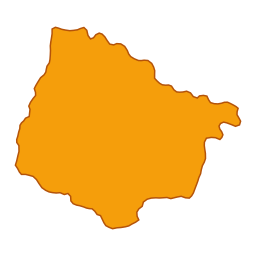 outline of Belo Oriente, Minas Gerais, Brazil
{"feature_id": "56859067B81668974812121", "entity_name": "Belo Oriente", "entity_type": "district", "adm_level": 2, "iso_a3": "BRA", "parent_name": "Brazil", "parent_adm1": "Minas Gerais", "projection": "mercator", "projection_center": [-42.44, -19.258], "detail": "fine", "context": "isolated", "style": "filled", "palette": "amber", "viewbox_px": 256, "rotation_deg": 0, "n_neighbors": 0, "source": "geoboundaries", "source_scale": "gbopen_adm2", "svg_char_len": 2305}
<svg xmlns="http://www.w3.org/2000/svg" viewBox="0 0 256 256"><path d="M190.5,92.9L186.6,91.2L182.9,92.0L179.5,92.2L176.6,91.9L173.9,89.8L171.5,86.1L168.6,85.0L165.6,85.2L162.3,84.8L159.6,83.3L157.1,81.0L154.6,78.3L154.6,74.4L154.7,70.6L153.6,67.0L151.7,63.4L147.9,60.5L144.1,60.2L141.2,60.6L138.4,60.5L134.3,58.8L130.7,56.6L128.7,54.0L127.3,50.5L124.7,46.4L120.8,43.9L116.7,43.6L113.7,44.9L109.7,44.1L107.1,40.5L104.8,36.8L102.1,34.1L99.2,33.1L95.9,34.7L93.5,37.8L90.5,38.9L88.0,35.5L86.8,30.3L83.9,27.5L80.5,28.5L77.5,29.8L73.4,30.4L69.8,30.7L65.6,30.1L61.7,29.3L58.4,28.1L55.4,27.3L52.1,29.0L52.1,33.8L51.5,37.8L50.8,41.9L50.3,45.8L50.5,50.6L50.3,55.2L50.0,59.4L49.3,62.9L47.0,66.2L46.3,69.2L45.8,72.1L44.1,74.8L40.6,77.7L37.9,82.0L35.9,85.4L34.3,88.6L35.5,92.3L35.6,95.5L33.1,98.5L30.5,102.3L28.8,106.1L30.0,109.4L29.6,112.8L29.2,116.5L25.5,118.2L23.7,120.9L21.5,122.9L20.0,125.3L19.8,128.6L18.7,132.1L17.8,136.2L16.7,139.6L16.8,142.5L18.9,145.6L19.0,151.4L17.8,156.1L16.7,161.0L15.4,165.2L17.5,168.3L19.4,172.0L21.4,174.4L25.6,174.4L29.2,175.3L33.1,176.4L36.5,179.6L38.9,183.4L41.9,187.7L45.6,190.3L49.0,191.9L52.4,192.6L56.2,193.0L60.1,192.7L64.3,194.5L67.9,193.5L70.6,196.3L70.9,200.9L73.2,203.7L76.6,205.1L79.7,205.7L83.6,206.9L86.4,208.0L89.2,208.6L92.1,208.8L94.8,211.2L97.1,214.5L100.5,215.6L102.3,219.3L103.9,222.7L105.8,225.6L109.0,227.3L112.6,228.7L116.9,227.8L120.9,227.5L125.3,226.8L128.8,225.9L131.8,224.1L135.6,222.2L138.8,219.9L137.1,216.3L136.8,212.2L138.8,208.9L142.2,206.3L143.4,202.0L147.2,199.2L151.2,198.1L155.9,197.8L159.4,198.0L162.6,197.8L167.0,197.5L170.8,198.6L176.8,197.1L181.2,196.3L185.5,197.8L189.3,198.1L191.6,195.9L193.4,192.9L195.1,188.3L196.6,184.4L197.9,180.8L198.8,177.7L200.6,173.7L201.3,169.7L202.4,165.7L204.3,162.1L205.5,158.5L205.4,153.4L204.7,148.8L204.3,145.6L204.4,142.2L206.4,138.2L211.3,137.4L215.5,137.7L219.9,139.5L221.8,137.5L222.9,134.8L221.7,131.8L219.8,129.1L219.0,126.1L220.5,123.5L223.6,122.1L226.9,122.9L231.7,124.7L235.5,126.3L239.5,124.9L240.6,121.2L238.8,117.8L237.0,114.7L237.1,111.7L238.1,108.3L235.9,106.5L233.3,105.0L230.4,103.5L227.5,102.2L224.3,102.3L221.7,103.2L217.9,103.9L214.2,103.7L210.5,102.6L208.7,100.0L206.9,96.1L203.4,95.4L199.5,95.9L197.3,98.0L193.3,96.6L190.5,92.9Z" fill="#f59e0b" stroke="#b45309" stroke-width="1.5"/></svg>